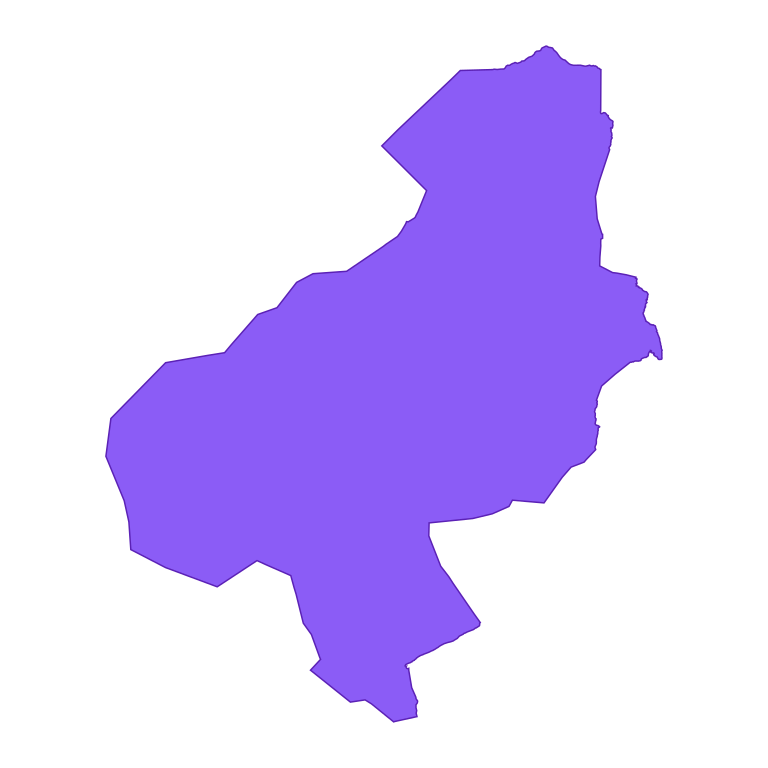 Lom nor, Oppland, Norway
{"feature_id": "86288312B15503490624265", "entity_name": "Lom nor", "entity_type": "district", "adm_level": 2, "iso_a3": "NOR", "parent_name": "Norway", "parent_adm1": "Oppland", "projection": "albers", "projection_center": [8.842, 61.714], "detail": "fine", "context": "isolated", "style": "filled", "palette": "violet", "viewbox_px": 768, "rotation_deg": 0, "n_neighbors": 0, "source": "geoboundaries", "source_scale": "gbopen_adm2", "svg_char_len": 6004}
<svg xmlns="http://www.w3.org/2000/svg" viewBox="0 0 768 768"><path d="M110.9,418.5L105.9,456.3L124.2,500.7L128.9,522.0L130.8,549.6L165.6,567.6L217.2,586.8L257.0,560.6L266.0,564.7L290.8,575.6L294.0,587.3L296.1,594.2L303.3,623.2L311.4,634.5L319.9,657.9L320.6,659.3L310.5,670.2L350.4,702.1L365.1,699.9L371.4,703.8L393.7,721.9L394.7,721.5L417.0,716.6L416.3,713.8L416.2,713.1L416.7,710.6L416.0,707.7L416.0,704.8L417.2,703.1L417.4,702.5L417.6,701.3L417.5,700.8L416.0,698.7L415.9,697.4L415.7,696.8L411.7,687.7L408.7,669.9L408.8,669.3L408.7,668.4L408.1,668.8L406.7,668.4L406.2,667.5L406.0,666.5L406.3,666.2L405.7,666.2L405.1,665.9L405.7,664.6L408.3,663.3L410.5,662.6L411.7,661.7L411.9,661.8L412.1,661.5L413.2,660.7L414.3,660.3L414.5,659.9L416.1,658.7L416.5,658.0L417.6,657.4L418.4,656.6L419.7,656.1L420.0,655.7L422.1,654.9L422.8,654.8L422.9,654.6L423.2,654.4L429.0,652.2L431.7,650.8L432.8,650.5L433.8,649.8L434.6,649.5L436.5,648.2L438.0,647.4L439.2,646.4L442.0,644.7L442.6,644.6L443.5,643.9L447.7,642.5L450.7,641.8L453.5,640.8L454.2,640.2L457.3,638.4L459.3,636.1L463.2,634.2L463.9,633.4L465.3,633.0L467.1,632.0L473.6,629.5L475.5,628.0L476.2,627.9L479.4,625.8L479.7,624.9L479.6,624.0L479.7,623.2L480.3,622.6L473.8,613.5L453.1,583.4L448.8,576.7L440.7,566.2L428.8,535.9L429.1,522.9L472.8,518.5L492.3,513.8L509.0,506.4L512.4,500.2L544.0,502.9L562.2,477.3L571.1,467.1L584.1,462.1L586.2,459.6L595.7,449.6L595.0,447.5L595.1,446.5L596.3,443.7L596.4,441.4L596.3,440.4L596.5,438.7L597.2,436.4L597.4,434.8L597.7,434.1L597.8,433.5L597.8,431.3L598.2,430.6L598.2,430.1L598.1,429.5L598.2,428.0L598.4,427.6L599.5,427.1L599.6,426.6L597.9,425.5L596.4,425.3L595.1,423.8L595.4,422.5L595.4,422.0L595.7,420.9L595.7,420.5L596.0,420.1L595.9,419.7L596.1,419.0L595.8,418.9L595.4,418.1L595.0,416.6L595.3,415.4L595.2,415.1L595.3,414.1L595.3,413.5L594.5,411.8L595.0,410.2L595.2,408.7L596.2,407.5L596.7,406.7L596.9,405.3L597.3,404.1L596.8,402.8L596.9,402.5L597.2,402.1L597.3,401.6L597.2,401.0L596.4,400.3L601.6,386.0L615.0,374.3L630.3,362.2L631.7,362.2L632.7,361.7L633.4,361.9L634.1,361.4L635.5,361.0L638.4,361.1L640.3,360.7L641.0,360.2L641.1,359.9L641.2,359.2L642.0,358.5L644.5,357.5L646.1,357.4L646.7,356.8L647.6,356.5L648.3,355.5L648.4,353.9L648.8,352.9L649.4,351.8L650.3,351.1L650.4,350.4L650.8,350.5L650.9,350.8L651.3,351.1L651.0,351.4L651.1,351.1L650.9,351.1L651.1,351.8L650.8,352.0L650.9,352.4L651.9,352.7L652.2,353.0L653.6,352.9L653.9,353.1L654.2,353.9L653.7,354.3L653.7,354.7L654.5,355.7L655.7,356.3L656.1,356.7L657.3,357.1L657.7,358.2L658.1,358.7L658.4,359.3L659.2,359.5L661.4,359.3L661.8,359.0L662.0,357.9L661.8,357.0L661.9,355.7L661.8,355.2L661.9,353.6L661.7,351.1L662.1,350.5L662.1,350.2L661.5,348.9L661.3,348.3L661.3,347.5L661.2,346.5L660.9,345.5L660.6,344.9L660.6,343.8L660.3,342.4L659.8,340.9L659.6,338.6L658.9,336.8L658.6,336.2L658.4,335.3L657.8,334.5L657.5,332.7L656.6,331.8L656.5,331.5L656.9,330.8L656.9,330.5L655.7,327.6L655.7,327.1L655.5,326.4L655.2,325.8L654.1,325.4L653.6,324.9L653.4,325.0L652.5,324.8L652.1,325.0L651.2,324.5L650.2,324.5L649.7,323.7L647.7,322.2L645.9,321.2L645.9,320.4L645.5,319.9L644.7,317.4L643.9,316.0L643.9,315.3L643.4,314.7L643.4,314.3L643.1,313.4L643.2,312.7L643.7,312.1L644.1,310.7L644.2,310.3L644.4,310.1L644.2,309.7L644.7,308.5L644.8,307.8L645.1,307.6L645.0,307.0L645.1,306.6L645.5,306.7L645.6,306.2L645.5,305.3L645.6,303.9L647.0,302.5L646.9,302.1L646.9,302.4L646.7,302.4L646.5,302.2L646.3,301.9L646.5,301.0L646.1,300.0L646.6,299.6L646.6,300.1L646.8,300.1L647.3,299.5L647.3,298.9L647.1,298.3L647.6,297.4L647.5,297.0L647.6,296.8L647.6,296.3L647.7,296.1L647.6,295.8L648.1,294.4L648.0,294.1L647.3,292.9L646.5,291.9L645.6,291.6L644.8,291.6L643.4,290.7L642.6,290.3L642.4,290.0L642.4,289.5L641.6,288.7L640.5,288.0L639.6,287.9L639.2,287.1L638.8,286.9L638.5,286.8L638.5,287.1L638.4,287.2L637.8,286.0L637.5,286.0L637.3,285.9L636.3,285.9L636.4,285.2L636.3,284.9L636.4,284.3L636.1,283.9L636.9,283.7L636.8,283.4L637.0,283.1L636.5,281.4L636.5,280.5L636.6,280.0L637.0,279.4L636.9,278.8L636.7,278.5L635.7,278.4L635.5,278.2L635.9,277.2L626.3,274.8L616.9,273.1L612.6,272.6L599.7,265.9L599.9,257.4L600.8,245.9L600.7,243.3L600.8,239.2L602.6,238.3L602.6,234.5L602.3,234.5L601.5,232.7L597.2,218.8L595.4,196.5L599.1,181.6L609.6,149.8L609.6,149.3L609.2,148.8L609.0,147.7L609.6,146.6L610.1,146.2L610.8,144.6L610.6,143.3L611.0,141.9L610.8,141.4L611.0,141.0L610.9,140.4L611.3,139.6L611.4,139.1L611.6,138.7L612.1,138.1L612.1,137.6L611.4,136.7L611.9,135.6L611.8,133.8L611.6,132.7L611.0,131.6L610.9,131.1L611.1,130.5L611.1,129.8L611.0,129.1L610.6,128.2L611.0,127.8L612.3,128.0L612.5,127.5L612.5,127.0L612.9,125.7L612.9,125.1L612.7,124.0L612.7,123.1L613.0,121.8L612.9,121.4L612.6,121.0L610.3,119.6L609.8,119.0L609.3,118.7L609.1,118.4L608.9,117.8L608.0,116.6L608.3,115.9L608.3,115.6L606.9,114.9L606.7,114.5L605.4,113.0L603.8,112.6L602.1,113.5L601.5,113.6L600.9,113.5L600.6,113.0L600.5,111.8L600.7,110.6L600.9,69.6L600.1,69.4L599.6,68.6L597.7,67.9L597.0,66.8L595.4,65.9L594.7,66.1L593.2,65.5L592.3,65.9L591.1,65.9L589.6,65.2L586.2,66.1L585.1,66.2L580.4,65.2L573.6,65.3L571.0,64.7L569.6,64.1L568.3,63.2L567.5,62.3L566.5,61.6L565.6,60.5L565.2,60.2L562.7,59.4L560.5,57.7L558.8,55.6L556.8,52.7L555.2,51.1L554.3,50.6L552.5,48.0L550.4,47.5L548.7,47.3L546.9,46.2L546.0,46.1L542.2,47.9L541.7,48.3L540.7,50.3L539.6,50.9L536.7,51.2L535.9,51.7L535.2,52.3L534.6,53.2L534.3,54.1L532.0,56.2L528.7,57.3L525.5,59.6L524.9,60.4L523.9,60.9L521.7,61.1L520.7,62.2L517.2,63.4L515.9,62.7L515.0,62.5L514.0,63.1L512.9,63.4L511.4,64.1L509.6,65.3L508.9,65.4L507.8,65.2L506.2,66.1L505.5,67.4L504.8,68.3L503.9,69.0L500.7,69.1L497.2,69.5L494.1,69.2L492.7,69.6L460.3,70.5L451.2,79.4L398.0,129.7L381.8,145.9L426.6,190.6L417.9,212.0L416.3,214.9L415.2,217.3L414.5,218.0L408.3,221.8L406.6,221.6L406.3,222.1L406.2,222.7L405.3,224.5L401.4,231.2L397.5,236.5L386.1,244.2L383.3,246.4L346.6,271.3L313.0,273.7L296.6,282.4L277.0,307.7L257.7,314.5L231.3,344.7L224.6,352.7L207.1,355.5L165.6,362.7L110.9,418.5Z" fill="#8b5cf6" stroke="#5b21b6" stroke-width="1.5"/></svg>